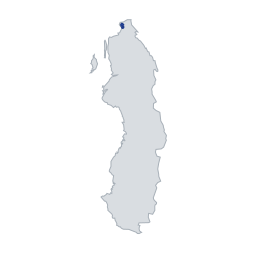 Tomelilla, Skåne, Sweden (highlighted), rotated 165°
{"feature_id": "70781695B70463852837114", "entity_name": "Tomelilla", "entity_type": "district", "adm_level": 2, "iso_a3": "SWE", "parent_name": "Sweden", "parent_adm1": "Skåne", "projection": "albers", "projection_center": [14.031, 55.651], "detail": "fine", "context": "in_parent", "style": "filled", "palette": "blue", "viewbox_px": 256, "rotation_deg": 165, "n_neighbors": 0, "source": "geoboundaries", "source_scale": "gbopen_adm2", "svg_char_len": 4341}
<svg xmlns="http://www.w3.org/2000/svg" viewBox="0 0 256 256"><g transform="rotate(165 128 128)"><path d="M86.0,175.8L86.6,177.7L88.0,177.5L88.6,176.1L89.4,172.0L88.6,167.3L89.9,165.8L90.7,163.2L92.6,162.5L95.1,159.6L95.4,156.6L96.0,154.4L94.1,147.6L93.9,145.9L97.0,145.1L98.4,140.6L96.4,137.7L93.2,134.9L94.5,126.3L93.3,121.6L93.5,119.6L93.4,116.6L94.2,115.4L92.8,110.9L94.3,107.9L94.1,106.3L98.5,100.3L101.3,99.2L106.5,100.1L107.7,97.7L107.7,96.4L107.3,93.3L104.4,91.5L107.5,86.0L109.9,80.7L110.3,75.5L110.8,73.3L110.2,68.2L113.4,67.6L116.2,65.5L115.7,62.7L121.6,54.1L121.7,52.6L121.2,51.2L119.7,48.6L120.1,47.4L121.7,46.7L122.4,45.5L123.4,41.5L126.5,38.3L130.2,40.2L131.5,36.6L131.1,31.7L132.4,31.2L141.9,33.5L143.3,31.6L141.7,30.8L143.1,28.7L143.4,27.5L143.5,26.1L143.3,25.3L141.9,23.7L144.8,23.2L146.4,23.8L146.7,24.9L153.5,29.9L158.8,31.5L160.4,33.0L161.1,34.7L162.0,34.7L163.1,36.2L164.2,37.0L163.5,38.3L163.9,40.9L164.3,42.1L164.1,44.4L165.9,44.7L166.3,46.1L165.6,47.6L165.9,49.2L168.7,53.6L168.3,55.2L168.4,57.1L167.6,58.7L167.7,60.2L168.1,62.1L168.5,63.0L169.6,63.5L171.9,68.3L170.3,68.9L168.9,68.4L166.0,69.5L165.3,70.3L162.8,68.6L161.6,69.9L160.6,69.0L160.1,70.7L160.2,73.1L159.1,73.0L159.6,73.8L158.1,74.3L158.1,74.7L158.4,75.2L158.0,75.9L156.0,76.4L155.8,77.2L156.5,78.0L156.6,78.6L155.2,77.9L156.2,79.4L156.5,80.6L154.2,85.7L155.3,86.9L156.3,89.5L157.3,90.6L157.0,91.9L154.4,95.3L153.1,100.1L149.5,103.6L147.6,104.5L146.5,106.9L144.9,106.3L144.9,107.6L143.9,106.9L143.2,108.9L141.9,110.7L140.4,110.5L140.3,110.8L140.8,111.2L139.0,111.8L138.6,113.6L137.3,114.1L137.1,114.7L138.5,114.7L138.3,116.1L136.8,116.9L136.3,117.9L135.6,117.9L135.7,117.2L134.7,117.3L134.4,116.5L134.2,116.7L135.0,119.0L134.5,120.0L135.5,120.8L132.9,123.2L131.1,122.5L130.9,123.2L131.4,125.1L133.0,126.6L132.1,127.6L131.4,132.2L132.2,135.0L130.2,134.5L130.3,135.5L129.8,136.8L130.1,138.5L130.0,139.7L130.5,140.8L130.2,141.3L130.7,146.3L131.4,148.4L131.3,150.1L132.1,151.0L133.9,151.1L134.5,152.5L136.7,151.5L138.4,154.2L141.6,156.4L141.5,157.9L143.5,158.9L144.8,160.9L145.4,162.7L145.3,163.7L142.4,166.9L140.2,169.0L137.8,170.3L138.0,170.8L139.2,170.9L142.1,169.3L143.0,170.5L141.4,171.2L141.2,172.9L140.6,174.0L134.2,178.2L133.4,179.5L130.6,181.5L125.2,181.6L124.4,182.0L129.1,182.7L130.2,184.0L128.1,185.0L129.2,188.4L128.6,189.2L128.7,192.9L127.9,193.0L127.6,194.6L128.2,198.3L128.6,199.3L128.5,200.4L127.3,203.0L127.8,206.0L126.5,211.6L124.9,214.8L123.8,219.2L122.3,220.7L120.6,219.8L118.0,220.4L113.4,220.3L112.8,220.7L113.2,222.3L111.5,222.1L108.5,225.4L108.4,227.0L109.7,230.1L108.2,232.1L105.0,231.6L100.7,232.8L97.0,231.8L97.5,230.7L97.8,226.6L93.6,218.2L95.6,219.1L96.5,218.7L95.3,215.9L97.0,215.8L97.5,214.8L97.2,213.2L95.9,212.5L94.7,210.0L93.4,208.7L91.3,203.8L90.6,200.3L89.8,200.6L89.2,196.7L88.1,196.1L88.0,192.2L86.7,191.7L86.0,189.9L86.0,186.5L84.5,186.0L84.7,184.3L84.5,178.3L84.1,176.4L84.5,175.1L85.3,175.0L86.0,175.8ZM148.2,193.1L147.6,193.5L147.3,194.6L146.2,195.2L146.3,198.7L147.3,199.9L146.4,200.6L145.8,202.4L144.0,203.8L143.3,205.0L143.0,206.7L141.5,207.6L142.5,205.1L140.8,202.3L141.1,201.2L140.8,197.9L143.8,193.5L145.3,192.9L146.0,193.3L146.3,192.3L146.7,192.0L148.2,193.1ZM128.3,218.0L127.5,218.7L127.2,217.7L127.1,213.7L128.8,208.9L129.6,208.5L131.6,202.0L131.8,201.6L132.6,202.0L132.0,202.6L132.1,203.7L130.9,207.2L130.6,209.4L130.1,210.0L128.3,218.0ZM148.8,191.7L148.7,192.7L147.9,192.0L148.6,190.8L150.2,191.0L148.8,191.7ZM143.4,167.3L142.5,168.9L142.3,168.2L142.4,167.5L143.4,167.3ZM141.7,175.2L141.2,175.3L141.5,174.3L142.2,174.0L141.7,175.2Z" fill="#d9dde1" stroke="#a8b0b8" stroke-width="1"/><path d="M106.6,225.9L106.3,226.1L106.3,226.3L106.1,226.6L106.0,226.8L106.1,227.0L106.3,227.2L106.5,227.3L106.6,227.5L106.8,227.8L106.5,228.1L106.4,228.1L106.3,228.3L106.3,228.6L106.0,228.7L105.9,228.7L105.6,228.8L105.6,229.1L105.7,229.3L105.9,229.4L106.0,229.7L106.1,229.9L106.3,230.2L106.5,230.4L106.8,230.6L107.0,230.6L107.1,230.4L107.3,230.3L107.5,230.3L107.7,230.1L107.9,230.0L108.1,229.8L108.1,229.5L108.1,229.2L108.3,228.8L108.3,228.5L108.0,228.4L107.8,228.3L107.6,228.2L107.4,227.5L107.4,227.3L107.6,227.0L107.9,226.8L108.0,226.6L107.9,226.4L107.8,226.2L107.7,226.2L107.6,225.9L107.4,225.8L107.3,226.0L107.1,226.2L106.8,226.0L106.6,225.9L106.6,225.9Z" fill="#3b82f6" stroke="#1e3a8a" stroke-width="1.5"/></g></svg>